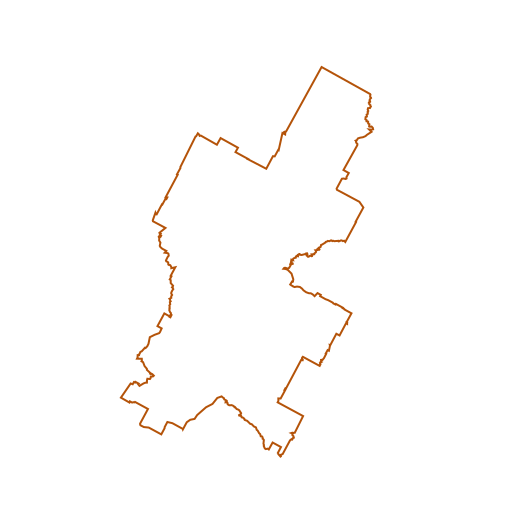 outline of Hepburn, Victoria, Australia, rotated 110°
{"feature_id": "25037944B22879671704108", "entity_name": "Hepburn", "entity_type": "district", "adm_level": 2, "iso_a3": "AUS", "parent_name": "Australia", "parent_adm1": "Victoria", "projection": "natural_earth1", "projection_center": [144.036, -37.317], "detail": "fine", "context": "isolated", "style": "outline", "palette": "amber", "viewbox_px": 512, "rotation_deg": 110, "n_neighbors": 0, "source": "geoboundaries", "source_scale": "gbopen_adm2", "svg_char_len": 6122}
<svg xmlns="http://www.w3.org/2000/svg" viewBox="0 0 512 512"><g transform="rotate(110 256 256)"><path d="M206.3,358.2L206.4,357.4L231.7,361.0L231.3,359.4L232.7,359.6L232.6,360.0L233.5,360.1L233.5,360.7L239.6,361.6L239.5,362.0L242.0,362.4L250.9,363.6L251.0,364.2L249.7,365.3L257.8,365.2L258.6,364.7L260.6,350.7L267.2,354.7L267.7,354.3L267.7,353.2L269.0,353.5L269.3,352.1L270.6,352.3L270.4,353.7L271.2,354.0L272.3,353.0L274.6,352.3L276.1,350.4L279.4,349.9L280.3,348.9L281.2,346.7L281.9,342.0L284.1,342.9L283.5,339.9L283.8,339.1L285.6,338.1L287.2,338.7L291.0,339.1L291.7,338.5L291.8,337.0L292.1,336.3L294.0,335.5L294.2,335.0L293.9,333.8L294.1,333.2L295.5,331.7L296.4,331.4L294.2,328.0L303.9,329.4L304.0,328.5L307.5,329.0L307.6,328.2L308.1,327.8L310.6,326.9L312.3,323.8L314.0,324.1L313.9,323.5L314.7,323.3L315.4,322.4L317.1,322.9L319.3,323.1L320.3,322.8L321.3,321.5L322.9,321.9L324.3,321.3L325.8,322.7L326.3,321.9L327.3,321.4L327.7,320.7L328.8,321.2L330.7,320.1L332.1,320.5L333.5,319.6L334.6,319.6L335.0,319.1L336.5,319.0L338.1,317.6L338.6,316.6L339.5,316.1L340.3,316.2L340.4,315.2L342.9,315.5L342.7,316.8L342.2,317.1L341.3,322.5L355.6,324.6L356.3,319.9L360.3,320.2L361.6,320.6L364.7,324.3L368.6,328.0L375.3,327.0L378.0,327.3L380.3,328.3L380.2,329.0L384.7,330.8L385.6,331.8L388.1,332.0L388.8,332.5L389.2,332.2L389.6,333.3L391.8,332.6L391.4,331.7L392.1,332.6L393.2,332.7L391.6,328.2L393.2,327.5L394.1,327.6L394.4,325.8L397.6,323.0L399.3,320.0L400.3,319.6L402.2,315.1L402.8,315.2L402.9,314.6L402.3,314.5L402.5,313.0L403.4,311.1L404.4,311.6L405.3,313.6L407.1,313.3L407.9,313.6L408.5,316.1L409.9,316.0L412.3,315.2L412.8,316.5L414.2,318.1L417.9,321.1L416.6,323.2L416.0,322.8L415.5,326.3L416.3,326.4L416.2,327.6L418.7,328.0L418.7,330.2L435.3,334.5L437.0,324.8L435.7,324.8L436.1,322.3L435.3,321.2L435.2,320.3L434.5,319.8L436.7,305.2L453.2,307.6L454.2,307.1L454.6,306.6L455.1,302.9L453.9,298.1L456.0,284.0L449.1,283.0L448.0,283.3L442.3,282.5L441.7,277.4L443.5,265.7L443.9,265.4L435.9,264.2L432.4,261.8L430.1,258.0L425.6,256.9L415.2,251.2L409.9,246.3L402.6,243.8L399.7,240.3L400.3,238.9L400.6,237.5L401.6,236.8L401.9,234.4L402.2,233.8L402.6,233.7L403.6,234.7L403.9,234.6L403.6,234.2L403.6,232.9L403.9,232.4L404.7,232.2L405.1,231.7L405.4,230.3L405.2,229.4L404.5,228.0L404.5,226.6L405.1,224.2L405.5,224.2L405.5,223.4L406.4,221.9L406.4,220.2L406.7,219.0L408.8,216.2L409.7,216.2L411.3,217.5L411.7,217.2L411.4,215.2L412.5,214.3L412.3,213.3L412.6,212.2L412.9,211.3L413.6,211.0L413.9,210.5L413.9,207.9L415.7,204.0L415.5,202.5L416.9,199.7L417.1,197.4L419.1,195.9L419.5,194.7L421.5,192.4L421.9,191.2L423.8,189.9L423.5,188.7L424.1,187.8L425.4,187.3L425.4,186.9L426.2,185.7L429.8,184.8L431.0,183.8L431.8,183.8L433.8,181.9L434.1,180.8L433.0,179.0L433.4,177.8L425.6,176.6L427.0,167.2L433.5,168.1L433.6,167.8L434.5,167.3L436.1,164.4L435.6,164.1L434.5,164.9L433.0,163.2L417.8,161.0L416.6,160.5L416.2,159.3L415.5,159.5L415.3,159.1L414.6,159.1L413.8,158.3L412.4,159.3L411.8,160.6L410.4,160.9L410.3,162.3L409.6,161.4L409.5,160.1L408.7,159.4L408.7,159.1L390.3,157.0L386.1,185.6L384.5,185.4L382.2,186.3L381.5,184.1L372.0,182.7L372.1,183.4L370.2,183.1L370.2,182.5L338.2,178.0L338.0,176.5L337.6,176.5L336.6,177.7L335.9,177.9L334.7,177.5L337.5,158.6L336.5,158.5L336.4,158.8L335.9,158.4L334.7,159.3L333.5,158.4L333.5,159.1L332.3,158.9L331.4,159.3L330.9,158.4L331.0,158.0L328.7,157.2L323.9,156.6L323.8,157.1L319.9,156.5L320.1,155.1L315.0,155.8L314.4,156.2L314.4,155.7L301.6,153.9L302.1,150.3L288.4,148.4L288.6,147.2L287.5,147.6L287.6,148.1L287.1,148.3L286.9,147.8L286.4,148.1L277.2,146.7L276.0,154.6L275.6,154.9L275.4,156.7L274.9,156.6L273.7,164.5L274.4,164.6L274.1,167.2L273.6,167.8L272.8,173.2L272.8,175.9L271.8,182.0L270.4,181.8L269.8,185.5L273.7,187.2L272.7,189.5L272.3,191.7L272.9,193.6L272.9,196.5L272.0,199.7L270.9,201.6L270.1,204.2L270.7,207.0L272.0,209.2L271.9,210.9L271.6,211.4L271.6,212.4L271.1,214.1L267.7,213.4L267.8,212.8L267.5,212.5L265.1,213.0L260.4,216.6L258.1,221.6L258.1,223.9L258.6,225.8L257.7,225.5L257.1,224.7L257.0,223.1L257.4,222.3L255.8,220.8L252.8,220.3L252.4,220.4L252.2,221.0L251.7,221.0L251.6,219.9L250.8,218.8L250.4,219.0L250.0,221.0L248.4,221.3L248.6,220.8L248.2,219.9L248.3,220.8L247.3,221.3L247.2,219.8L246.7,220.2L245.9,220.1L245.3,219.8L243.9,218.0L243.1,218.4L242.2,218.0L241.9,216.5L240.6,217.1L240.1,216.3L239.3,216.1L239.2,215.7L239.8,215.0L239.4,213.4L237.4,210.5L236.5,209.9L236.0,208.9L236.7,208.3L238.0,208.8L238.3,208.5L238.1,207.8L238.9,207.1L238.7,206.3L237.5,205.5L237.0,204.6L237.2,203.7L236.9,203.3L236.2,203.3L235.4,204.2L234.4,201.9L233.8,202.1L232.0,201.0L230.9,201.3L230.3,202.1L229.6,200.6L228.7,200.8L228.2,200.5L228.8,199.4L228.5,198.7L228.1,198.6L227.4,199.5L226.7,199.8L225.4,198.4L223.3,198.6L222.9,198.0L219.5,195.3L218.9,195.3L217.8,193.9L217.3,193.7L217.0,192.1L215.6,190.8L215.9,189.4L215.3,188.9L215.3,187.5L213.8,184.3L214.0,183.7L213.5,183.4L213.7,182.9L212.2,181.4L212.1,180.3L212.3,179.5L211.5,178.4L212.3,176.9L189.9,173.6L189.8,174.1L173.7,171.7L169.7,177.4L166.1,202.6L165.1,203.3L154.0,201.7L153.2,200.1L153.0,198.1L152.2,197.4L151.0,198.0L146.3,197.2L145.3,203.2L117.3,198.7L116.1,199.0L115.3,200.5L114.5,201.1L113.9,201.1L113.5,201.8L112.7,200.9L110.6,200.4L109.2,198.6L107.8,196.1L105.9,194.1L104.2,193.2L99.8,189.9L98.4,193.0L97.8,190.7L96.9,189.3L95.6,190.1L94.8,191.7L95.6,193.1L95.6,194.0L93.4,194.5L93.1,195.9L91.4,196.6L91.6,198.2L90.6,198.4L90.1,200.0L88.0,200.5L87.0,199.5L85.3,200.4L84.3,199.6L82.5,200.1L82.4,200.4L81.3,200.1L80.3,201.1L78.8,201.3L78.4,200.4L77.9,199.9L77.9,199.5L76.2,199.2L75.7,199.9L75.1,200.1L74.6,201.5L73.5,201.9L73.4,202.4L72.9,202.4L72.1,201.5L71.5,201.7L70.8,202.6L69.7,202.6L68.2,201.9L67.8,202.2L67.6,203.0L66.7,203.5L65.3,203.6L64.8,204.1L56.0,259.0L128.7,270.3L129.4,271.6L129.9,272.0L130.4,271.5L129.6,271.2L129.7,270.8L131.8,270.2L131.4,273.2L148.8,270.9L148.7,271.4L156.0,272.5L156.4,274.2L170.5,276.2L167.8,296.9L167.5,296.7L165.4,310.8L160.4,310.0L157.3,329.6L164.8,330.8L161.7,349.1L162.4,350.0L161.1,351.4L160.6,352.6L164.0,353.2L164.4,353.7L198.3,357.5L199.2,357.1L206.3,358.2Z" fill="none" stroke="#b45309" stroke-width="2"/></g></svg>